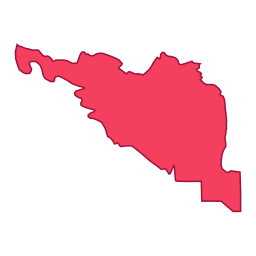 the district of Al-Mahmoudiya, Babil, Iraq
{"feature_id": "34846034B92813694057989", "entity_name": "Al-Mahmoudiya", "entity_type": "district", "adm_level": 2, "iso_a3": "IRQ", "parent_name": "Iraq", "parent_adm1": "Babil", "projection": "natural_earth1", "projection_center": [44.202, 33.035], "detail": "fine", "context": "isolated", "style": "filled", "palette": "rose", "viewbox_px": 256, "rotation_deg": 0, "n_neighbors": 0, "source": "geoboundaries", "source_scale": "gbopen_adm2", "svg_char_len": 3420}
<svg xmlns="http://www.w3.org/2000/svg" viewBox="0 0 256 256"><path d="M97.8,120.3L98.6,120.6L100.4,121.7L101.1,122.1L101.7,122.4L102.7,123.9L103.0,124.6L104.6,127.3L105.5,129.3L105.9,130.1L106.4,132.3L106.7,133.7L107.1,134.8L107.7,136.6L109.0,137.1L109.6,137.5L110.1,137.8L111.2,138.9L112.9,140.9L113.7,142.3L114.4,143.9L115.8,143.7L117.0,143.2L117.9,143.0L119.2,144.7L119.7,145.8L120.9,146.6L124.5,146.1L126.4,145.9L126.5,145.9L131.3,145.8L133.0,146.7L136.8,149.7L140.2,152.4L145.5,157.0L150.0,160.9L155.1,164.6L158.7,167.2L160.9,169.1L165.7,169.0L169.1,174.1L170.2,173.7L173.8,165.7L174.6,168.2L174.8,172.2L175.3,178.6L175.6,180.7L177.5,181.2L188.9,181.5L201.3,181.3L201.4,185.2L201.8,201.1L210.8,201.1L221.2,201.2L233.0,211.4L240.6,211.4L240.6,209.6L240.6,191.2L240.1,175.1L240.0,172.1L234.1,171.3L230.7,170.8L229.1,172.1L228.8,172.3L226.1,172.1L222.1,168.7L221.1,165.3L221.2,161.0L221.9,155.1L223.5,150.2L225.8,146.4L225.7,143.1L224.9,137.7L225.9,133.1L225.9,131.7L225.9,131.1L225.8,130.2L226.3,129.7L226.5,129.4L226.5,128.9L226.4,126.6L226.3,125.0L226.6,121.6L226.1,115.6L226.0,114.5L225.4,109.7L224.6,100.4L223.2,96.3L220.8,95.2L220.0,94.4L221.0,92.0L219.3,89.0L215.0,85.3L212.5,84.6L206.4,84.5L204.2,83.4L201.7,81.0L200.1,79.8L201.8,78.3L202.0,76.8L200.9,76.2L200.2,75.1L201.4,74.1L201.5,73.6L199.8,72.1L198.1,71.6L197.0,70.7L196.6,69.5L197.3,68.8L198.6,68.5L199.3,67.7L199.2,65.0L200.2,63.8L195.8,63.3L194.1,63.1L193.0,62.5L192.8,62.4L192.0,61.2L189.6,62.1L181.6,64.6L179.7,64.4L178.7,63.5L178.0,60.5L176.9,59.3L175.9,58.2L175.6,57.9L173.6,57.2L171.0,56.5L169.3,56.5L168.1,56.0L166.5,55.5L165.6,54.5L164.6,53.1L163.7,52.4L162.5,52.5L161.5,53.3L160.9,54.1L160.3,56.9L160.0,58.6L158.8,58.7L157.5,57.4L157.1,57.3L153.5,62.4L151.6,66.1L149.8,68.8L146.9,71.7L146.2,72.2L145.8,72.6L144.3,73.9L143.0,75.0L141.2,74.3L138.2,73.8L135.1,74.0L133.6,73.4L130.4,71.9L128.6,71.8L127.6,72.6L126.8,73.6L125.8,73.4L118.7,68.2L119.1,67.2L121.6,65.0L122.2,63.6L120.5,61.7L119.1,60.0L114.2,57.6L108.8,55.5L106.3,54.5L105.2,54.4L104.0,53.7L100.2,53.1L97.0,53.8L95.5,54.4L94.0,55.3L92.4,55.8L90.8,55.8L89.4,55.4L88.5,54.4L87.8,53.9L86.6,54.3L86.2,54.5L85.6,53.5L85.0,52.6L84.3,52.1L82.7,51.9L81.2,52.9L80.4,54.3L79.2,57.2L77.9,61.0L77.1,62.9L74.8,63.3L72.7,63.4L70.5,62.5L67.7,61.0L65.4,60.4L63.7,60.1L61.6,60.0L58.7,60.1L57.2,60.1L55.5,60.3L54.6,60.8L53.6,61.3L52.6,60.9L51.8,59.2L50.5,58.0L49.0,56.6L47.6,56.1L47.1,56.1L45.8,56.4L44.7,56.3L42.8,55.3L41.9,54.4L39.2,51.1L38.4,50.1L35.7,50.1L33.0,50.1L32.9,50.1L30.7,49.6L29.0,49.1L26.7,48.6L24.1,47.9L22.1,47.0L20.4,46.3L18.9,46.2L17.1,44.6L15.4,51.9L15.4,52.2L15.7,58.4L16.8,62.5L17.7,65.5L18.9,68.5L19.3,69.7L23.1,72.5L26.3,73.7L29.7,73.4L31.2,71.0L31.5,68.7L29.8,65.5L29.5,63.1L29.4,62.8L30.6,61.5L35.3,61.5L36.6,62.2L38.1,63.1L40.4,65.6L42.0,69.9L42.9,74.2L43.6,76.0L44.2,77.2L44.9,78.2L45.1,78.5L47.0,79.6L50.5,81.5L53.6,81.6L54.6,80.4L54.6,78.4L55.7,76.8L58.8,76.2L61.2,77.2L65.2,79.3L67.0,80.2L71.6,83.3L72.6,83.9L76.6,85.4L79.7,86.4L81.8,86.8L84.0,87.7L84.3,88.5L83.4,88.8L81.1,89.4L78.2,90.4L75.8,91.2L74.7,92.7L74.9,95.0L76.4,96.2L78.7,97.6L78.8,97.6L81.4,98.4L82.0,99.6L81.7,101.5L80.8,102.9L80.9,104.3L80.9,104.9L82.0,105.8L83.7,106.7L87.5,108.1L90.4,108.9L91.4,109.1L93.1,109.5L94.7,109.9L94.1,111.7L93.5,111.9L92.4,112.3L91.3,112.6L88.2,114.9L88.1,116.3L89.0,117.4L90.7,118.3L93.3,118.5L95.4,119.3L97.8,120.3Z" fill="#f43f5e" stroke="#9f1239" stroke-width="1.5"/></svg>